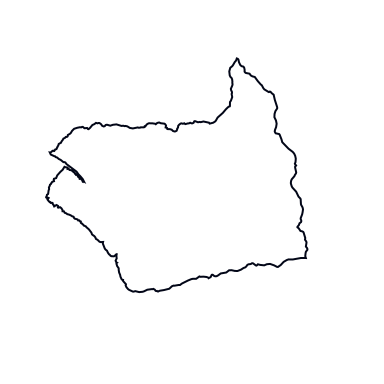 Hato, Santander, Colombia, rotated 145°
{"feature_id": "7082276B99136019050465", "entity_name": "Hato", "entity_type": "district", "adm_level": 2, "iso_a3": "COL", "parent_name": "Colombia", "parent_adm1": "Santander", "projection": "orthographic", "projection_center": [-73.349, 6.562], "detail": "fine", "context": "isolated", "style": "outline", "palette": "ink", "viewbox_px": 384, "rotation_deg": 145, "n_neighbors": 0, "source": "geoboundaries", "source_scale": "gbopen_adm2", "svg_char_len": 6039}
<svg xmlns="http://www.w3.org/2000/svg" viewBox="0 0 384 384"><g transform="rotate(145 192 192)"><path d="M74.6,250.2L76.2,252.1L77.0,253.8L77.0,255.9L79.6,258.6L79.9,259.5L79.9,260.4L78.7,262.1L77.9,264.1L78.1,265.4L79.2,266.6L79.6,268.3L79.1,271.3L78.0,273.9L78.1,274.8L78.7,275.7L80.5,274.4L82.5,273.9L85.4,272.5L86.8,272.0L89.4,271.8L92.3,269.4L94.2,265.9L94.5,264.3L94.2,262.7L94.5,261.3L95.5,259.4L96.5,258.1L96.9,257.1L97.8,256.2L101.0,254.2L101.5,253.2L101.9,251.0L102.5,250.1L103.3,249.6L104.6,246.7L107.7,244.5L109.3,243.9L111.6,240.7L111.9,240.5L112.9,240.8L113.9,240.8L116.9,240.3L121.4,239.1L128.3,238.3L131.7,236.7L132.8,236.5L134.9,236.6L138.3,237.9L138.3,239.0L142.2,243.2L144.8,244.2L145.4,244.9L147.1,245.7L148.8,248.2L149.2,248.5L149.6,248.6L151.0,247.8L152.3,248.0L153.0,248.5L153.8,249.8L155.3,250.0L155.9,250.5L158.2,251.3L158.6,251.5L158.9,252.7L160.3,253.1L161.3,254.3L162.1,254.6L164.0,254.5L165.4,254.1L166.5,252.8L167.8,252.4L168.1,251.9L169.5,251.0L170.9,251.2L171.6,251.6L172.6,252.9L172.9,254.7L174.1,256.2L176.0,257.6L176.1,258.0L175.8,258.3L175.7,258.9L176.6,260.0L175.1,261.4L175.1,263.0L175.4,263.8L178.2,266.3L178.9,267.6L179.7,268.1L181.0,268.5L182.8,268.3L183.0,269.0L185.2,271.1L187.9,273.0L188.6,273.2L190.3,273.3L192.7,272.5L193.1,273.0L193.9,272.5L194.4,272.6L196.9,274.4L197.7,274.5L198.9,275.3L199.4,276.0L204.0,278.0L206.2,280.2L207.3,282.8L208.5,284.2L209.3,284.5L210.4,285.8L211.8,286.5L215.1,290.7L218.2,292.4L220.9,293.2L222.9,295.7L223.6,296.2L224.4,296.4L225.7,296.0L226.7,296.3L227.6,297.7L227.6,299.7L228.2,301.5L228.9,302.1L230.1,302.5L231.0,303.7L233.0,303.6L235.2,304.0L238.8,303.0L240.7,302.8L241.1,303.2L241.2,304.6L243.5,305.9L244.1,308.0L244.8,308.4L245.7,308.5L246.6,309.3L249.1,310.4L252.3,311.4L255.1,310.9L257.6,309.8L258.8,309.7L261.0,309.9L262.0,308.9L262.9,308.9L263.8,309.5L265.1,309.2L266.7,309.5L268.0,308.8L270.0,308.2L271.0,307.5L273.6,307.8L275.0,306.7L276.2,306.3L276.7,305.8L277.4,305.6L277.9,305.1L278.5,304.9L279.7,305.3L281.3,304.6L281.6,304.7L282.1,305.6L283.3,305.7L284.1,305.5L285.5,305.6L285.8,305.9L286.2,303.7L284.2,300.2L283.7,299.8L283.6,298.7L282.7,297.6L282.2,295.5L281.2,293.7L280.2,290.2L279.3,289.6L278.8,288.8L278.8,286.9L274.9,274.9L274.9,271.7L274.4,268.7L274.1,265.2L274.5,262.5L274.8,263.1L275.5,262.8L275.6,263.0L275.2,264.6L275.5,266.7L276.5,267.2L276.1,268.2L276.6,269.9L276.3,271.2L276.5,272.0L277.2,272.6L276.9,273.4L277.4,274.1L277.1,274.8L277.6,276.2L277.4,276.8L277.9,277.3L278.2,278.9L279.7,280.3L279.7,281.9L280.7,282.3L280.1,283.1L280.2,283.7L281.3,284.7L282.0,285.8L285.2,284.4L288.3,284.0L292.9,282.9L295.3,281.3L297.5,282.0L298.2,281.4L298.8,280.0L300.7,280.5L301.4,280.1L302.5,279.9L302.9,279.5L304.2,279.4L304.9,278.7L306.6,277.8L307.4,276.3L308.6,275.5L310.8,273.1L311.1,272.9L312.4,272.9L313.3,272.0L314.4,271.5L314.6,271.2L314.4,270.6L313.3,270.0L312.9,269.3L313.9,268.9L314.6,269.0L314.7,268.8L314.6,266.5L314.3,265.8L314.4,265.3L313.8,264.9L313.9,264.0L312.6,263.2L312.5,262.8L313.0,261.8L312.9,260.4L313.2,259.2L312.9,259.1L311.7,259.4L311.3,259.0L310.4,259.0L309.7,257.4L309.8,256.9L310.7,256.2L310.6,255.9L308.7,255.1L308.3,253.6L308.4,251.6L309.1,250.5L308.0,249.6L308.2,248.0L307.2,246.6L306.9,245.4L305.6,243.9L304.6,242.2L304.1,240.8L303.4,240.0L303.2,239.6L303.5,238.4L303.4,237.5L301.5,235.2L301.6,234.1L300.6,233.4L300.7,232.7L300.0,231.6L300.7,230.8L300.7,230.1L300.1,229.1L300.2,228.5L299.8,227.5L299.9,226.6L298.7,224.8L298.7,223.8L297.9,220.6L297.7,216.5L298.2,214.7L298.1,214.1L297.3,211.9L297.2,210.2L297.6,208.7L296.8,207.0L296.3,204.3L295.5,203.3L293.5,202.1L294.3,201.4L294.7,200.6L295.9,195.6L295.8,194.2L295.3,192.7L295.7,190.5L295.7,188.5L295.4,187.9L295.3,186.5L294.9,185.7L293.0,184.2L292.5,184.0L289.6,184.4L289.4,184.2L290.1,183.6L291.1,182.1L291.7,180.9L294.0,179.5L294.3,177.8L294.0,177.1L294.7,177.1L295.1,176.4L295.8,174.2L295.8,171.6L296.8,170.1L297.9,167.8L298.4,165.4L299.2,163.6L299.7,160.8L299.5,160.1L298.9,159.5L299.4,158.9L299.5,158.4L299.0,154.3L299.9,153.6L300.3,151.8L300.1,149.3L299.7,148.0L297.6,144.4L297.0,143.9L295.3,143.3L292.7,140.3L289.7,138.6L288.5,138.2L284.7,137.6L280.6,135.5L280.0,135.0L279.2,134.8L278.5,133.3L278.5,131.9L277.9,131.2L277.4,131.0L277.2,130.3L276.8,129.9L275.8,129.8L274.8,129.5L271.3,127.8L266.1,125.8L262.4,126.3L260.8,125.9L260.1,125.3L256.5,123.6L255.2,122.7L252.8,122.8L246.1,121.8L242.5,121.0L241.1,120.4L238.3,118.5L234.5,118.6L234.2,118.5L233.9,117.8L231.2,116.1L228.9,114.1L228.1,113.0L227.7,112.3L227.8,111.9L225.6,111.6L223.4,112.8L222.9,112.7L222.4,112.1L222.0,110.5L221.4,109.7L220.1,108.9L218.3,108.7L215.2,108.8L210.1,106.4L206.5,106.6L204.4,105.2L202.2,102.8L200.1,101.2L196.4,100.3L193.4,100.2L191.5,99.7L190.2,99.9L188.5,100.5L187.3,100.4L185.2,99.3L183.6,99.2L182.9,98.5L181.8,95.2L181.5,94.8L180.9,94.7L179.5,95.0L178.0,93.2L174.9,90.5L172.1,89.9L169.3,88.3L166.8,84.8L165.3,81.9L164.6,81.3L161.2,81.3L157.0,82.2L153.3,81.9L151.6,81.4L148.1,78.9L140.7,75.5L136.6,72.6L136.0,74.5L134.0,76.8L133.0,77.7L130.6,78.5L130.1,79.3L129.9,80.2L130.0,82.0L127.2,84.9L126.8,85.9L126.8,88.1L125.6,89.4L123.8,94.9L123.8,95.5L124.2,96.4L125.5,97.9L125.4,101.1L125.9,102.6L125.6,103.0L123.4,103.6L121.9,104.7L120.0,104.8L119.4,105.2L118.8,106.1L118.5,107.5L118.0,108.2L114.6,110.5L113.2,111.8L111.1,114.0L110.5,115.3L110.2,116.4L110.0,118.7L109.7,119.6L107.1,123.8L107.0,124.6L107.4,127.1L106.5,132.5L107.2,138.0L107.1,139.3L106.2,142.1L105.7,142.9L104.4,144.3L103.0,145.2L99.1,146.2L98.0,146.9L96.2,147.6L95.4,148.3L93.5,152.9L93.0,153.6L91.5,154.0L91.5,154.5L91.7,155.0L91.5,156.2L90.2,157.0L88.9,158.5L87.8,159.9L86.7,162.5L86.3,164.9L86.5,167.1L88.1,172.1L89.5,181.0L88.5,183.8L87.3,188.8L87.4,189.5L89.8,192.1L89.7,193.5L89.4,194.3L88.2,195.4L85.9,196.9L83.5,199.4L82.2,202.4L81.6,206.0L79.6,208.6L77.3,210.4L74.5,211.5L74.0,211.9L73.5,212.9L71.3,220.0L69.3,224.9L70.0,227.1L70.2,229.0L70.6,229.6L71.4,229.6L71.8,229.8L73.9,234.6L74.0,236.1L73.6,239.4L74.0,240.6L74.5,245.1L74.6,250.2Z" fill="none" stroke="#020617" stroke-width="2"/></g></svg>